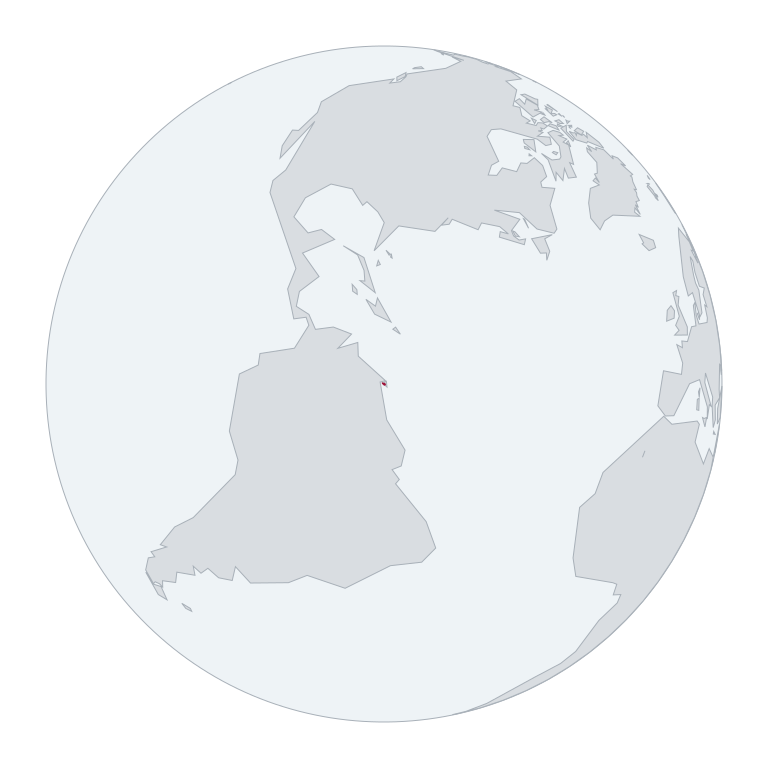 Siparia on an orthographic globe, rotated 43°
{"feature_id": "TTO-52", "entity_name": "Siparia", "entity_type": "Region", "adm_level": 1, "iso_a3": "TTO", "parent_name": "Trinidad and Tobago", "parent_adm1": "", "projection": "orthographic", "projection_center": [-61.668, 10.145], "detail": "coarse", "context": "on_globe", "style": "filled", "palette": "rose", "viewbox_px": 768, "rotation_deg": 43, "n_neighbors": 0, "source": "natural_earth", "source_scale": "10m", "svg_char_len": 8743}
<svg xmlns="http://www.w3.org/2000/svg" viewBox="0 0 768 768"><g transform="rotate(43 384 384)"><circle cx="384" cy="384" r="338" fill="#eef3f6" stroke="#a8b0b8"/><path d="M289.0,392.3L281.5,388.3L273.6,397.9L248.7,380.2L240.8,359.6L170.0,321.7L164.0,310.9L166.2,294.5L154.3,239.1L154.0,289.8L147.1,279.2L143.9,260.7L148.6,256.8L150.2,230.8L145.7,220.3L155.0,189.6L183.2,154.1L183.0,160.0L189.8,151.8L190.5,144.3L189.4,141.5L213.9,111.0L220.1,95.7L210.7,98.4L221.7,92.8L196.3,104.3L192.4,105.7L203.8,99.9L210.3,96.2L211.1,94.3L218.0,90.4L222.4,87.5L230.5,83.3L236.5,81.5L241.9,79.0L242.1,78.0L250.5,74.0L249.3,75.7L263.7,69.1L276.4,67.2L266.6,79.3L280.5,78.4L288.6,92.5L294.8,89.1L301.8,93.8L311.5,91.9L310.2,96.1L319.0,91.2L318.3,87.9L322.0,84.9L327.6,83.8L327.0,88.5L324.1,89.8L326.8,90.7L324.1,93.7L328.7,91.6L327.2,98.1L337.0,90.4L342.9,94.6L339.7,99.3L329.1,100.4L295.5,117.7L289.0,124.8L290.5,132.6L316.0,142.9L313.4,150.7L317.7,160.1L324.2,154.5L323.1,145.3L336.2,138.2L333.3,129.0L338.2,125.1L339.6,116.0L351.0,116.0L361.5,121.4L360.9,129.4L365.4,132.4L375.5,124.4L383.6,140.1L404.8,152.8L405.6,157.7L390.2,166.3L366.2,166.3L346.1,181.6L371.0,170.9L372.6,184.9L377.8,187.3L384.6,186.6L388.6,181.3L391.6,186.4L368.2,197.9L365.1,193.3L372.6,189.4L361.3,190.0L345.5,199.7L347.6,207.0L321.5,217.0L322.7,222.7L317.7,228.7L317.6,218.6L317.2,237.6L287.0,258.3L285.9,293.3L274.1,265.8L262.1,262.3L247.2,262.3L246.6,267.9L227.7,262.9L208.9,273.9L199.5,301.4L204.1,323.2L225.4,325.3L232.9,313.6L249.3,311.9L235.1,343.8L263.2,349.7L259.0,374.0L266.9,387.0L281.6,384.3L296.6,390.8L308.1,376.9L326.2,369.6L325.9,389.4L336.5,371.5L346.2,381.2L382.8,380.6L379.8,385.2L410.5,408.4L444.5,418.0L452.5,432.2L448.3,441.1L460.3,443.4L460.5,449.1L508.7,455.9L533.7,468.7L533.1,488.6L512.6,512.5L494.9,559.9L458.3,576.4L449.6,594.5L422.1,620.6L399.9,618.9L407.0,631.2L395.2,638.5L380.9,638.9L379.2,647.2L368.7,647.3L376.2,652.8L360.8,662.9L367.0,671.3L356.2,678.9L360.7,683.5L356.0,683.2L351.5,684.7L351.6,687.2L336.5,682.5L330.2,671.9L334.2,666.7L328.0,665.5L336.2,651.4L330.0,654.1L328.4,631.3L335.6,611.8L337.0,551.8L329.1,539.2L303.0,523.9L271.4,475.3L279.1,455.9L272.5,446.3L294.1,418.9L289.0,392.3ZM67.0,267.0L66.0,269.8L65.5,271.0L67.0,267.0ZM283.1,305.2L315.3,323.2L295.9,324.8L299.8,321.8L291.9,314.5L276.7,307.6L259.9,310.7L283.1,305.2ZM299.9,286.3L294.2,284.8L300.0,284.8L299.9,286.3ZM187.7,141.2L189.8,144.7L186.6,153.4L184.1,150.8L187.7,141.2ZM194.9,126.5L197.8,126.4L189.9,134.0L190.7,131.7L194.9,126.5ZM202.5,101.9L202.9,102.9L200.1,103.4L202.5,101.9ZM221.5,87.9L219.2,89.1L222.5,87.3L221.5,87.9ZM333.2,116.7L336.3,116.4L334.4,118.2L333.2,116.7ZM330.8,113.3L326.4,115.7L324.6,114.5L327.4,113.0L330.8,113.3ZM237.9,79.4L243.8,76.6L238.8,79.0L237.9,79.4ZM336.7,110.7L322.1,112.1L319.1,110.1L327.0,103.0L336.7,110.7ZM272.3,65.1L258.8,70.1L253.3,72.6L252.7,72.7L247.9,74.7L251.8,73.0L272.3,65.1ZM315.6,87.4L316.6,90.8L310.6,89.1L315.6,87.4ZM310.9,87.1L287.0,87.9L288.4,83.0L296.1,83.4L293.6,78.5L306.0,75.5L310.1,77.6L306.8,81.2L314.1,77.5L310.9,87.1ZM285.5,60.8L289.8,59.5L286.4,60.6L285.5,60.8ZM322.9,83.6L318.0,83.9L318.8,79.5L328.8,78.2L325.4,79.9L322.9,83.6ZM286.9,79.0L289.3,75.9L299.9,72.5L302.3,71.0L306.4,75.1L286.9,79.0ZM328.0,80.4L333.9,77.7L338.7,79.0L327.8,83.1L328.0,80.4ZM314.8,79.1L315.7,77.1L318.4,77.6L314.8,79.1ZM358.9,83.2L352.9,83.0L352.8,80.5L358.9,83.2ZM335.8,76.7L334.1,76.3L333.4,75.5L338.2,74.1L335.8,76.7ZM313.6,72.7L317.6,72.2L312.5,70.8L320.3,68.8L321.6,72.1L324.3,69.8L326.7,69.3L325.1,72.7L313.6,72.7ZM340.8,70.5L345.2,74.9L356.2,75.5L356.6,77.5L338.8,76.3L340.8,70.5ZM331.7,71.4L337.5,71.2L335.0,73.5L329.6,75.0L331.7,71.4ZM325.1,66.5L312.8,68.7L313.0,68.0L325.1,66.5ZM344.5,70.1L343.4,69.1L345.6,69.9L344.5,70.1ZM331.6,66.9L327.3,67.6L327.5,66.8L331.6,66.9ZM344.8,66.8L346.2,68.1L342.6,69.0L344.8,66.8ZM339.1,66.4L340.6,65.1L340.4,68.6L337.1,66.9L339.1,66.4ZM332.6,66.0L331.3,65.7L334.4,65.8L332.6,66.0ZM357.7,63.0L358.4,67.2L350.4,69.0L350.8,64.6L357.7,63.0ZM362.5,691.9L338.1,684.1L351.5,687.8L359.1,684.2L372.5,689.8L362.5,691.9ZM385.7,682.3L395.5,680.2L398.4,681.4L392.2,683.3L385.7,682.3ZM652.7,179.1L655.1,186.0L644.7,174.3L634.0,157.3L632.5,155.0L652.7,179.1ZM621.9,144.0L619.4,141.7L609.3,132.1L616.0,138.9L620.2,142.5L624.5,147.3L621.0,144.4L617.5,140.8L616.0,140.7L632.8,159.4L638.8,165.2L640.6,173.6L650.8,184.3L654.5,191.4L638.8,176.1L633.3,169.4L611.6,156.7L617.6,164.1L638.4,177.2L636.0,177.2L644.3,189.2L636.1,180.2L611.8,165.6L607.3,175.4L617.6,209.5L611.6,215.5L599.2,213.2L579.4,183.7L595.0,174.1L588.2,165.0L571.3,155.5L577.5,153.9L572.5,149.4L577.0,146.0L569.9,132.3L572.5,128.7L556.7,115.6L555.8,112.4L565.5,120.8L573.5,125.3L578.3,118.7L575.4,115.1L564.7,107.5L567.4,107.3L556.4,101.0L552.8,95.4L548.0,97.4L535.3,90.3L526.0,83.5L521.0,82.0L536.1,93.2L543.0,97.7L550.2,100.6L568.0,115.1L569.2,119.3L547.3,106.8L546.5,112.1L529.8,101.5L499.1,75.1L493.0,69.2L510.4,71.8L519.3,75.9L517.5,76.6L531.2,81.5L524.4,78.3L526.6,78.7L515.0,73.4L516.0,73.5L503.2,68.7L503.1,68.3L511.3,71.3L494.1,64.6L493.0,64.2L516.8,73.3L539.9,84.2L562.0,96.8L583.1,111.0L603.1,126.8L621.9,144.0ZM681.3,223.5L676.3,214.7L681.9,224.5L692.8,246.7L702.0,269.7L709.5,293.2L715.3,317.3L719.3,341.7L721.5,366.3L721.8,391.0L720.4,415.7L717.2,440.2L712.2,464.4L705.5,488.2L697.0,511.4L686.8,534.0L675.0,555.7L661.7,576.5L659.5,579.2L667.2,567.5L677.0,547.5L694.1,495.8L703.7,468.1L706.6,448.9L702.4,410.3L703.9,385.1L700.8,376.5L695.5,381.9L690.8,371.7L686.8,373.3L655.5,393.9L640.9,382.3L611.2,340.8L613.2,320.2L604.5,299.3L610.6,216.8L622.0,217.1L638.3,197.5L642.1,198.4L651.1,214.3L672.1,224.6L665.9,209.5L674.0,212.8L672.4,208.0L656.5,184.2L681.3,223.5ZM620.4,254.9L623.0,261.3L620.4,254.9ZM383.9,380.4L388.3,384.2L382.4,384.3L383.9,380.4ZM292.7,332.8L299.8,333.5L303.3,336.7L297.8,337.5L292.7,332.8ZM353.7,334.5L362.0,336.4L353.1,337.9L353.7,334.5ZM320.5,325.5L346.9,333.9L329.5,339.3L313.0,334.4L324.7,332.9L320.5,325.5ZM295.5,297.5L299.8,299.1L298.1,302.6L295.5,297.5ZM304.1,286.4L302.3,286.7L300.4,283.7L304.1,286.4ZM373.9,184.2L375.9,183.4L382.6,184.0L379.1,186.2L373.9,184.2ZM414.7,173.9L418.7,182.5L413.4,177.4L409.2,181.6L392.9,177.1L405.2,160.0L402.5,168.2L414.7,173.9ZM374.5,167.6L383.5,171.5L373.2,168.0L374.5,167.6ZM540.5,131.0L546.5,132.3L551.3,138.0L547.9,145.3L540.9,136.9L540.5,131.0ZM553.8,133.1L533.0,120.2L534.2,116.1L537.1,120.4L540.0,118.9L545.3,125.7L566.9,135.4L572.5,141.3L563.2,150.0L563.2,143.5L557.3,142.2L553.8,133.1ZM477.6,103.7L468.6,100.6L483.0,95.2L489.7,99.0L486.9,105.7L477.2,105.5L477.6,103.7ZM353.6,99.0L349.3,99.9L349.4,98.3L353.3,96.3L353.6,99.0ZM356.1,83.3L372.9,94.1L368.8,95.5L383.6,101.5L378.4,107.7L369.0,103.3L376.1,113.2L365.5,111.8L371.5,118.4L351.1,108.1L341.9,108.0L354.1,105.6L359.1,99.7L358.5,97.2L349.9,90.4L332.5,88.4L334.7,83.2L340.9,80.1L345.4,79.7L342.6,83.0L350.7,80.2L350.0,84.9L356.1,83.3ZM412.0,59.7L406.8,61.5L422.9,61.1L422.3,63.8L424.2,63.6L428.1,66.4L436.1,69.7L434.2,70.9L438.2,71.8L440.8,74.0L445.6,75.7L443.9,78.8L449.6,81.4L445.5,81.5L455.8,85.2L447.4,84.0L450.1,87.4L456.8,86.8L436.2,104.4L434.1,114.3L436.9,123.8L422.1,121.7L410.2,112.0L401.5,100.2L405.7,91.6L398.3,92.8L398.1,89.2L404.1,89.8L394.8,86.9L396.2,84.3L388.5,76.8L374.3,75.4L371.2,73.1L377.4,72.4L369.9,70.7L379.6,68.0L377.6,66.5L385.1,62.8L398.4,63.1L395.2,61.5L400.7,59.3L412.0,59.7ZM360.2,62.0L376.3,60.6L383.9,61.7L367.5,67.8L368.0,69.5L357.9,74.4L347.1,72.9L351.0,71.5L352.3,69.9L355.1,71.0L353.8,68.9L359.2,67.2L359.6,65.3L364.7,65.2L360.2,62.0ZM639.8,191.3L641.6,190.9L642.8,188.5L648.0,196.5L639.8,191.3ZM623.6,181.5L624.2,179.5L632.2,188.6L630.3,189.6L623.6,181.5ZM617.7,171.2L623.6,178.7L619.3,175.2L617.7,171.2ZM565.3,119.0L565.2,117.0L567.8,118.6L571.0,121.8L565.3,119.0ZM459.6,62.8L455.5,62.7L453.8,61.9L441.8,60.1L441.2,58.4L448.3,58.9L459.6,62.8ZM656.9,184.8L661.3,191.3L659.8,189.4L658.6,187.5L656.9,184.8ZM657.5,193.8L660.6,195.0L658.9,196.0L657.5,193.8ZM457.1,60.6L452.2,59.9L455.0,59.6L457.1,60.6ZM440.2,57.2L442.3,56.5L439.8,58.0L440.2,57.2ZM445.7,51.8L463.0,55.7L475.1,58.8L481.4,60.4L480.0,60.4L461.3,55.5L445.7,51.8ZM407.7,46.9L409.9,47.2L403.6,46.9L402.7,46.6L405.0,46.7L407.7,46.9ZM434.2,51.9L439.3,53.0L437.0,53.1L434.2,51.9ZM288.8,59.8L289.7,59.6L286.3,60.5L288.8,59.8Z" fill="#d9dde1" stroke="#a8b0b8" stroke-width="1"/><path d="M384.2,383.6L384.2,383.4L384.3,383.4L384.6,383.4L384.9,383.4L384.9,383.5L385.0,383.6L385.2,383.8L385.1,384.0L384.9,384.4L384.7,384.4L384.5,384.5L384.3,384.5L384.2,384.5L384.0,384.4L383.9,384.4L383.3,384.4L383.1,384.4L382.9,384.5L382.7,384.6L382.5,384.4L382.8,384.3L383.0,384.3L383.0,384.2L383.3,384.0L383.8,383.9L383.9,384.0L384.0,384.0L384.1,383.9L384.2,383.7L384.2,383.6Z" fill="#f43f5e" stroke="#9f1239" stroke-width="1.5"/></g></svg>